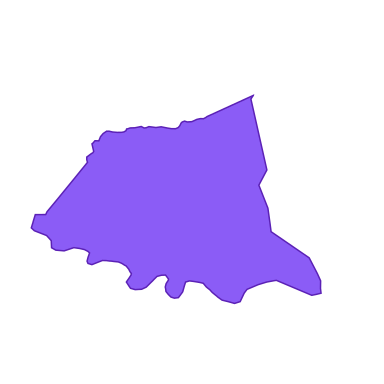 outline of Sharg Sennar, Sennar, Sudan, rotated 283°
{"feature_id": "16777658B19062452623819", "entity_name": "Sharg Sennar", "entity_type": "district", "adm_level": 2, "iso_a3": "SDN", "parent_name": "Sudan", "parent_adm1": "Sennar", "projection": "equal_earth", "projection_center": [33.793, 13.743], "detail": "fine", "context": "isolated", "style": "filled", "palette": "violet", "viewbox_px": 384, "rotation_deg": 283, "n_neighbors": 0, "source": "geoboundaries", "source_scale": "gbopen_adm2", "svg_char_len": 2142}
<svg xmlns="http://www.w3.org/2000/svg" viewBox="0 0 384 384"><g transform="rotate(283 192 192)"><path d="M299.9,230.0L268.9,189.7L267.7,188.7L266.0,186.7L265.4,183.7L263.8,180.3L262.2,178.3L260.5,176.0L259.2,171.7L259.4,168.8L258.0,166.7L256.8,165.9L253.8,165.2L251.7,164.1L250.0,161.8L249.1,157.8L248.8,153.9L248.6,147.3L246.7,142.3L246.4,139.1L246.0,135.3L244.3,132.9L243.6,130.9L244.4,127.8L242.9,124.5L241.7,121.8L240.5,117.3L239.1,115.1L238.7,114.1L236.9,113.9L235.2,112.1L234.3,110.0L233.3,105.9L232.6,101.2L232.6,100.6L232.6,97.4L232.5,97.1L232.3,96.4L232.2,96.0L232.1,95.3L232.1,95.2L229.0,92.3L225.3,90.4L220.9,89.7L220.1,85.9L217.4,84.5L217.3,84.4L216.4,83.7L209.4,87.1L207.8,86.5L206.9,85.4L202.4,81.6L199.8,82.2L198.8,82.7L197.4,83.5L177.0,73.5L153.5,61.9L140.2,55.2L138.4,54.8L138.2,54.8L137.1,54.5L134.7,44.4L127.4,43.9L126.3,43.9L125.2,43.8L120.9,43.5L118.8,47.1L116.9,60.1L112.9,65.8L106.1,67.7L104.7,72.4L105.9,80.7L111.2,89.4L111.7,95.1L111.7,97.7L111.7,100.2L110.7,104.0L109.6,105.9L105.0,105.4L101.0,105.3L99.0,106.7L98.7,110.8L102.3,116.0L105.1,120.1L105.9,124.0L106.2,127.2L106.5,128.9L106.7,131.3L107.3,136.0L106.7,139.5L106.2,141.0L105.6,142.6L105.1,144.5L102.4,147.9L101.2,148.8L99.6,150.3L99.1,151.2L97.4,151.3L96.3,150.9L93.3,149.8L91.4,149.0L89.5,148.3L86.9,151.0L86.2,151.7L84.3,153.8L84.1,158.6L85.0,161.6L85.9,164.8L89.0,168.8L94.4,172.2L96.7,173.7L98.1,174.5L101.9,176.9L104.0,180.9L105.1,184.9L101.9,188.7L100.5,188.7L99.2,188.2L96.9,187.4L93.4,187.3L91.7,188.1L89.2,189.0L86.9,191.9L84.9,195.1L84.6,198.7L86.0,202.5L89.1,203.9L90.3,204.4L91.2,204.8L92.7,205.4L99.1,205.7L102.8,206.0L104.8,209.5L105.2,213.4L105.5,217.6L105.6,219.6L105.6,223.5L102.7,227.3L101.6,229.5L100.8,231.3L98.7,234.3L97.2,237.3L96.1,239.6L95.5,240.6L93.4,245.6L93.3,252.1L93.0,258.5L96.0,263.6L105.2,265.6L109.5,267.5L116.6,277.3L121.1,285.1L124.0,291.8L124.9,294.1L118.3,331.9L120.1,335.9L122.4,340.5L126.9,338.9L134.4,337.3L140.7,332.5L154.2,321.0L171.1,278.0L178.9,275.1L193.3,269.6L213.7,255.6L230.3,260.0L245.7,252.6L295.8,228.5L298.1,229.3L299.8,230.0L299.9,230.0Z" fill="#8b5cf6" stroke="#5b21b6" stroke-width="1.5"/></g></svg>